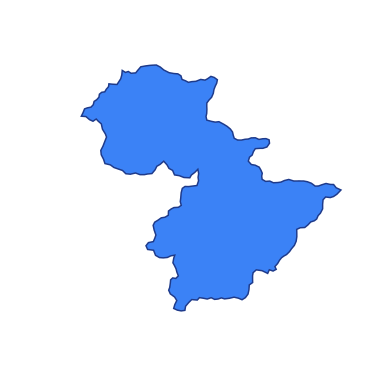 Sabará, Minas Gerais, Brazil (Robinson projection), rotated 296°
{"feature_id": "56859067B97215734889399", "entity_name": "Sabará", "entity_type": "district", "adm_level": 2, "iso_a3": "BRA", "parent_name": "Brazil", "parent_adm1": "Minas Gerais", "projection": "robinson", "projection_center": [-43.778, -19.845], "detail": "fine", "context": "isolated", "style": "filled", "palette": "blue", "viewbox_px": 384, "rotation_deg": 296, "n_neighbors": 0, "source": "geoboundaries", "source_scale": "gbopen_adm2", "svg_char_len": 3343}
<svg xmlns="http://www.w3.org/2000/svg" viewBox="0 0 384 384"><g transform="rotate(296 192 192)"><path d="M117.1,284.2L120.5,286.3L124.8,287.1L129.2,286.0L133.6,284.2L137.2,286.2L140.3,284.6L143.4,283.1L146.3,282.3L150.2,283.9L152.0,289.5L152.0,295.7L156.0,295.6L156.5,299.5L159.4,301.6L161.3,299.2L165.2,300.3L169.2,300.6L172.2,301.3L174.8,302.7L177.2,304.4L181.2,305.8L184.5,306.3L188.9,307.4L193.4,307.2L197.8,305.8L201.4,304.0L204.3,302.5L207.3,304.9L209.5,308.9L213.2,310.6L217.1,311.8L219.8,314.6L222.4,315.9L226.0,315.7L229.3,316.7L234.1,316.8L238.2,314.8L242.5,313.2L246.1,314.3L247.6,318.7L250.0,321.2L253.5,323.2L259.1,325.0L259.0,319.7L260.8,316.0L259.4,312.9L258.4,308.7L255.5,305.6L252.8,303.0L251.3,300.1L252.2,295.5L251.8,291.2L250.8,287.5L248.9,283.5L246.5,278.7L245.7,273.5L242.8,270.0L239.9,267.6L238.2,265.1L236.0,261.1L235.9,257.1L233.8,253.5L234.1,249.5L236.8,247.7L239.7,246.9L241.9,244.3L243.8,241.5L243.8,237.0L242.7,233.3L244.4,229.1L248.5,228.4L251.6,229.9L255.2,229.5L258.7,229.9L260.9,233.7L262.3,236.5L265.3,239.6L269.8,240.3L272.7,238.4L272.4,235.1L270.9,232.3L268.6,229.1L268.5,225.2L266.6,221.5L264.3,219.4L262.6,216.5L260.3,213.6L258.7,210.2L258.8,206.4L261.1,204.2L263.7,202.1L265.4,198.9L266.4,194.8L266.8,190.8L267.0,185.4L265.0,182.3L264.0,178.5L263.1,173.8L266.0,171.5L269.0,170.8L272.7,169.2L275.9,167.5L278.5,166.3L282.2,167.0L285.7,168.1L290.0,167.9L293.7,166.8L297.3,166.5L300.6,166.5L304.0,165.6L304.7,161.8L304.2,158.3L300.7,156.4L298.3,154.7L297.0,150.5L293.2,147.0L291.1,143.4L289.0,140.7L289.1,137.3L288.8,133.7L291.6,131.1L292.0,127.5L290.5,123.7L289.2,119.1L289.3,113.1L290.4,108.7L290.5,104.3L289.0,101.5L287.2,98.4L284.9,94.9L282.1,91.1L278.0,90.0L274.4,89.2L272.0,85.2L272.4,81.9L270.3,79.8L270.7,76.0L266.4,77.6L262.5,78.3L255.8,77.5L254.0,73.2L252.8,69.9L250.1,70.8L246.7,69.9L243.8,69.7L242.0,67.1L239.3,65.9L236.4,66.8L233.2,65.9L230.5,64.3L227.2,65.0L224.0,64.0L221.7,61.0L219.6,59.0L215.4,59.3L211.6,59.3L213.3,63.6L212.1,68.2L212.2,72.0L215.6,73.9L214.5,76.8L213.5,80.6L209.2,84.0L206.2,88.7L203.9,91.1L198.8,91.5L194.0,91.9L189.4,91.8L185.7,94.1L182.6,98.2L179.4,101.3L180.6,106.7L179.8,111.1L180.3,115.3L180.9,120.1L179.4,124.5L181.0,128.8L184.3,132.9L184.8,137.6L186.8,141.7L188.6,144.0L191.0,147.9L195.7,149.1L199.7,149.1L202.8,151.2L207.3,153.1L205.4,157.7L203.1,161.0L202.9,165.1L199.7,168.8L201.1,173.4L201.5,178.4L203.8,183.8L207.0,184.0L210.8,185.9L215.0,187.3L211.5,189.9L207.9,191.0L204.9,193.0L200.0,193.6L197.5,189.8L195.4,186.6L193.9,183.3L191.0,181.7L186.6,182.6L181.7,184.5L178.2,185.7L175.3,188.2L172.3,186.5L170.1,182.6L167.6,180.7L164.6,179.2L160.7,180.9L157.5,178.8L155.3,175.7L151.8,173.8L148.5,171.7L145.0,171.7L141.3,174.6L137.5,178.4L134.3,178.8L130.5,179.0L127.4,175.0L123.5,174.2L120.9,177.3L122.8,183.0L119.1,187.0L118.8,191.5L120.2,195.0L122.4,198.6L125.3,200.9L127.7,204.2L124.5,204.6L120.0,205.9L118.2,208.5L116.0,211.3L113.5,213.4L110.6,216.5L107.2,215.3L106.3,212.3L103.7,211.3L100.5,212.5L96.5,213.8L93.5,214.1L90.9,217.2L90.0,222.4L87.8,225.9L83.2,225.9L79.3,226.6L79.4,230.6L80.4,234.4L82.5,237.5L86.5,236.3L91.2,237.5L95.2,238.9L97.2,244.1L100.3,245.0L101.3,248.1L102.5,252.6L105.4,255.6L105.4,259.4L107.3,262.4L109.7,264.8L110.2,268.1L112.8,272.1L115.9,275.9L116.9,280.2L117.1,284.2Z" fill="#3b82f6" stroke="#1e3a8a" stroke-width="1.5"/></g></svg>